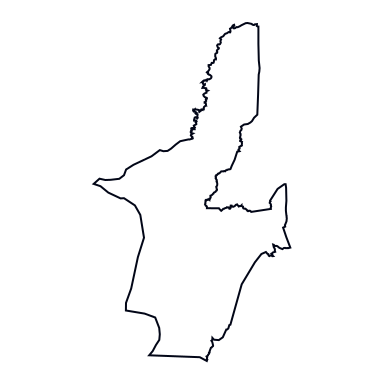 Biakoye, Volta, Ghana
{"feature_id": "2480657B27736636353654", "entity_name": "Biakoye", "entity_type": "district", "adm_level": 2, "iso_a3": "GHA", "parent_name": "Ghana", "parent_adm1": "Volta", "projection": "orthographic", "projection_center": [0.354, 7.392], "detail": "fine", "context": "isolated", "style": "outline", "palette": "ink", "viewbox_px": 384, "rotation_deg": 0, "n_neighbors": 0, "source": "geoboundaries", "source_scale": "gbopen_adm2", "svg_char_len": 5991}
<svg xmlns="http://www.w3.org/2000/svg" viewBox="0 0 384 384"><path d="M258.4,26.6L257.8,26.6L256.8,26.0L256.9,24.1L254.7,24.4L254.3,24.9L253.3,25.0L252.1,24.4L251.7,23.9L247.5,23.0L245.6,23.2L241.5,25.2L239.7,26.3L237.7,27.2L236.4,27.1L235.2,28.1L234.0,28.4L233.4,28.2L233.2,27.7L233.3,26.8L234.3,25.5L234.1,24.8L233.2,25.2L232.4,26.1L232.0,27.0L230.8,28.3L230.0,28.7L230.5,31.2L230.2,32.3L229.6,32.3L229.2,32.0L228.5,32.1L227.0,33.2L225.2,33.8L224.6,34.4L223.3,36.2L220.9,37.4L219.9,38.3L221.1,39.4L220.4,41.1L220.8,42.6L220.0,44.1L219.5,44.4L218.1,44.3L217.5,44.8L217.1,45.6L217.9,47.5L218.9,48.1L218.8,48.6L217.1,50.1L216.8,51.0L217.3,51.9L217.1,52.8L215.7,53.5L215.3,54.0L215.2,56.3L216.0,58.3L215.9,59.4L215.0,59.3L214.0,60.2L213.9,61.5L213.6,62.7L212.8,63.0L211.7,62.9L210.9,64.9L208.6,65.1L208.6,66.3L209.6,68.0L209.5,69.3L208.6,70.7L207.8,71.6L208.1,72.8L207.0,72.2L206.9,72.3L207.4,72.7L207.9,73.9L208.8,74.6L210.1,75.0L211.4,76.2L211.5,76.9L211.3,77.7L210.8,78.4L209.2,79.3L207.8,79.2L206.9,80.8L206.2,79.8L205.2,80.6L204.2,80.3L203.5,80.9L203.0,81.1L202.1,82.0L203.2,81.8L202.7,82.6L203.0,83.8L204.0,84.6L204.9,84.2L204.9,84.9L203.0,86.5L202.5,87.9L203.4,87.8L205.1,88.2L205.9,88.1L206.3,88.4L206.0,89.8L207.8,90.6L206.4,91.2L206.5,92.7L204.5,93.5L203.3,94.6L203.6,95.8L204.8,97.1L206.8,97.9L206.9,98.6L206.1,98.7L205.8,99.3L205.8,100.0L206.0,100.2L206.2,100.9L205.4,101.9L204.6,102.1L204.6,102.8L205.7,103.0L206.0,104.4L205.8,105.4L206.0,105.7L205.4,105.8L204.0,107.0L203.8,107.4L203.8,109.3L202.9,109.3L202.7,109.9L201.7,109.4L201.2,109.5L201.0,109.9L201.4,110.3L199.3,111.9L198.9,110.0L196.4,109.5L195.3,109.6L195.1,109.1L194.2,110.0L194.1,109.6L193.2,109.5L193.1,110.6L193.8,111.6L194.1,111.7L194.8,111.7L196.1,112.3L196.7,112.9L196.5,113.3L195.7,113.1L195.5,113.4L196.0,113.9L197.2,114.1L197.6,114.7L197.1,116.9L197.7,117.4L197.6,118.0L197.3,118.4L196.1,117.4L195.4,117.2L194.7,117.6L194.0,120.1L194.1,120.7L194.3,120.7L196.1,120.5L196.6,121.4L195.7,122.3L196.2,123.0L196.3,124.2L193.8,125.6L194.1,126.6L194.9,127.6L194.4,128.2L194.6,129.2L193.6,129.2L192.6,128.0L191.6,128.1L191.3,128.3L191.9,129.2L192.0,130.0L191.1,130.3L191.1,131.3L191.4,131.6L190.7,132.1L190.9,132.6L191.3,133.1L192.9,133.5L191.2,134.5L190.8,135.3L191.0,135.7L192.3,136.8L192.0,137.6L192.8,138.2L192.6,138.6L189.4,139.5L188.5,139.4L180.2,141.2L175.7,144.6L171.1,148.6L167.6,150.9L163.4,151.2L159.8,150.1L151.5,156.3L133.5,164.8L126.1,169.5L124.0,175.2L119.3,178.8L110.7,179.8L105.3,180.0L99.5,178.7L93.7,183.9L100.5,186.2L108.3,192.6L120.6,198.4L124.0,198.2L134.9,205.4L140.3,214.9L144.0,237.7L137.9,257.1L131.2,288.5L126.0,302.9L125.9,310.5L144.6,313.6L155.2,317.5L159.2,327.9L159.8,334.3L159.3,339.9L156.0,344.9L152.7,351.1L149.2,355.3L199.8,357.2L206.8,361.0L207.3,359.6L206.8,359.3L207.0,358.4L206.9,358.0L207.2,357.2L206.6,356.4L207.6,355.8L208.0,355.3L208.1,354.7L209.1,353.7L209.2,353.4L209.0,352.6L209.6,352.3L209.7,352.0L209.6,351.3L210.9,347.8L211.7,347.4L211.9,347.0L213.0,346.1L213.1,345.5L212.3,342.1L211.4,340.7L212.1,340.1L212.3,339.6L212.4,337.9L214.0,339.7L218.8,340.1L222.8,337.3L226.3,329.5L227.1,329.5L228.3,328.5L229.3,325.1L230.4,324.7L241.7,284.3L254.9,262.3L261.4,254.0L265.9,252.0L267.5,253.9L268.3,254.1L268.6,255.5L269.0,255.9L269.5,256.1L270.2,255.5L271.4,255.4L272.3,256.2L273.1,256.1L272.8,255.8L272.4,254.7L271.5,253.6L272.3,253.2L273.0,252.4L275.2,251.8L274.8,250.4L274.9,249.4L274.7,248.6L273.8,247.3L273.2,244.6L273.8,244.8L274.8,246.0L276.5,245.9L277.4,246.2L279.3,247.8L282.4,249.1L283.9,248.0L285.1,247.9L285.9,248.2L287.4,248.0L287.9,248.2L290.3,247.6L286.3,237.1L283.1,227.6L285.2,226.6L284.9,225.1L285.1,224.8L286.5,221.3L286.8,218.0L286.5,216.9L286.7,216.0L286.4,215.4L285.9,210.8L285.9,207.4L286.4,200.8L286.1,187.8L285.6,184.2L284.3,184.2L277.6,188.9L270.1,200.6L270.5,201.4L269.9,201.9L269.7,202.9L270.5,203.7L270.9,204.5L271.0,205.4L270.8,205.7L271.2,206.6L270.7,207.8L270.9,208.9L251.2,211.9L250.8,211.3L249.8,210.7L248.0,211.2L247.4,210.8L247.4,210.4L247.0,210.3L246.7,209.8L245.4,208.7L244.6,208.6L244.3,208.7L243.4,208.4L243.0,207.6L243.1,206.9L243.0,206.6L241.8,206.1L241.5,205.8L241.5,205.3L240.7,206.1L239.8,206.0L238.8,206.5L238.3,205.7L237.7,205.4L237.1,204.4L235.9,204.8L234.7,206.1L233.2,206.8L232.2,206.6L231.7,205.6L230.7,205.6L230.6,206.5L230.9,206.7L230.8,207.0L230.6,207.9L230.0,208.1L230.2,208.4L229.9,208.8L229.3,208.7L228.7,207.4L226.9,207.3L226.8,207.7L225.1,208.1L224.3,208.7L223.3,208.8L222.2,210.0L221.2,210.8L219.5,209.1L219.0,208.3L207.0,208.2L207.1,207.7L206.9,207.4L206.9,206.8L206.4,206.4L206.4,205.9L205.6,205.5L205.0,204.2L205.5,203.1L205.3,202.1L205.8,201.1L205.5,200.4L205.7,200.0L206.1,199.8L206.7,200.2L207.2,200.0L207.4,199.8L207.9,199.8L208.1,199.4L208.6,199.6L208.9,199.2L209.3,199.6L209.3,199.2L209.7,199.2L209.7,198.9L210.2,198.4L210.1,198.1L210.7,197.2L210.5,196.7L210.4,196.3L210.4,195.7L211.5,195.3L212.4,194.6L212.9,193.9L213.4,193.7L213.8,192.7L215.5,191.8L215.8,191.2L216.7,190.5L217.0,189.8L217.0,189.4L216.6,189.0L216.6,187.9L216.2,186.9L217.1,185.6L217.3,184.0L217.1,182.7L216.6,181.7L216.9,181.4L216.6,180.6L216.8,180.1L215.7,178.5L216.0,178.0L215.9,177.2L215.6,177.0L215.6,176.1L216.2,175.7L216.3,175.1L216.9,175.1L217.9,173.8L218.3,173.5L218.6,173.7L219.7,173.0L221.2,171.4L222.3,171.3L223.4,171.4L224.1,171.0L225.1,171.3L225.8,170.4L226.9,170.1L227.1,169.8L227.5,169.8L228.4,169.4L229.9,169.3L230.5,169.0L231.8,165.7L234.6,159.8L237.2,151.7L239.5,151.2L238.4,150.0L238.5,149.5L239.6,148.6L239.2,147.0L239.4,146.8L240.1,146.6L240.5,146.1L241.5,145.8L241.9,145.5L241.8,144.4L242.0,143.0L241.7,142.2L241.9,141.8L240.1,141.0L240.2,140.3L241.0,139.9L241.3,139.3L241.0,139.1L240.7,138.4L240.0,138.2L239.9,137.8L240.6,135.1L240.4,134.8L240.6,134.0L239.8,132.6L240.5,130.7L241.4,129.9L241.7,128.5L240.9,126.7L244.1,124.5L247.8,124.0L250.4,122.5L252.0,121.1L254.1,117.7L257.3,114.7L258.1,94.3L258.7,74.6L259.3,71.7L259.6,68.1L258.8,60.6L258.4,43.9L258.4,26.6Z" fill="none" stroke="#020617" stroke-width="2"/></svg>